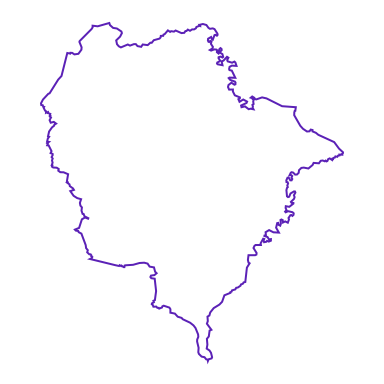 Mueang Khon Kaen, Khon Kaen, Thailand
{"feature_id": "78962969B54788642666507", "entity_name": "Mueang Khon Kaen", "entity_type": "district", "adm_level": 2, "iso_a3": "THA", "parent_name": "Thailand", "parent_adm1": "Khon Kaen", "projection": "albers", "projection_center": [102.826, 16.427], "detail": "fine", "context": "isolated", "style": "outline", "palette": "violet", "viewbox_px": 384, "rotation_deg": 0, "n_neighbors": 0, "source": "geoboundaries", "source_scale": "gbopen_adm2", "svg_char_len": 5854}
<svg xmlns="http://www.w3.org/2000/svg" viewBox="0 0 384 384"><path d="M74.9,229.6L75.8,230.6L78.2,231.0L78.7,232.2L81.4,233.6L85.7,245.1L86.1,248.1L87.8,250.2L87.2,252.3L89.3,254.3L90.6,254.3L91.4,255.4L91.2,256.1L92.3,257.0L91.7,258.2L90.0,259.0L115.4,265.2L119.1,266.0L119.7,265.2L121.1,266.1L121.5,265.6L123.6,267.1L124.4,267.1L124.7,265.5L125.5,265.3L133.1,264.8L139.5,263.0L144.2,262.7L147.6,263.6L149.6,266.6L154.0,267.4L155.1,271.7L156.6,273.2L154.4,275.1L151.0,275.6L150.4,277.0L151.3,278.2L154.7,278.7L156.1,291.1L154.9,300.1L153.4,300.8L153.9,302.2L151.9,303.4L151.8,304.3L152.6,304.6L153.4,306.7L156.3,306.6L157.4,307.9L158.8,307.9L159.2,308.6L162.0,307.5L162.4,306.3L163.7,305.7L169.4,307.6L170.4,309.2L170.4,312.7L174.9,313.6L177.7,316.7L181.6,317.9L182.7,319.2L190.1,322.7L193.5,325.4L195.5,328.0L198.1,334.4L198.3,336.9L197.2,339.5L197.1,341.5L198.6,347.8L198.3,352.2L198.9,353.9L201.6,356.6L204.5,357.2L206.2,359.3L207.6,359.6L207.9,361.0L208.6,359.3L211.6,358.4L212.1,357.2L211.0,352.8L209.5,350.5L206.7,348.6L207.4,344.7L206.9,338.8L208.8,336.5L209.6,330.6L211.4,329.8L206.9,323.7L207.8,321.1L207.5,316.6L209.4,315.5L210.2,312.5L213.7,308.1L219.4,304.6L222.1,301.8L224.4,295.3L230.3,292.9L230.2,292.3L231.6,291.6L232.0,290.4L235.3,289.4L236.2,287.8L237.9,287.5L240.5,285.7L240.9,284.5L242.9,283.7L243.6,282.4L245.3,282.0L246.9,267.6L249.6,263.3L248.5,262.6L247.9,260.0L248.5,255.2L255.2,255.2L256.4,254.6L256.6,253.0L253.5,248.0L254.5,245.8L255.6,245.0L260.9,245.0L260.6,243.4L263.2,238.7L264.2,239.0L263.6,240.3L264.1,242.2L266.2,241.8L267.0,240.9L268.8,241.6L270.9,240.7L270.9,239.1L269.0,239.4L267.5,237.0L264.4,236.0L264.5,235.5L265.9,235.2L265.6,232.2L269.1,230.1L273.4,232.3L278.9,232.6L276.1,227.7L277.2,223.1L278.2,222.9L278.7,224.9L280.2,225.7L280.9,223.7L280.5,220.0L281.4,219.5L282.7,220.1L283.0,222.5L285.2,221.4L287.8,222.7L289.0,219.4L288.5,218.0L290.4,215.2L291.3,215.0L292.4,215.9L293.5,214.9L293.7,213.3L292.5,212.2L288.1,211.2L285.7,212.3L285.1,211.6L286.5,210.1L285.6,208.0L285.8,206.2L289.3,206.8L293.4,203.6L293.4,203.0L291.5,202.8L290.9,201.9L294.0,198.9L294.6,197.1L293.9,195.2L295.4,192.6L295.0,191.5L294.0,191.4L290.5,193.5L289.2,196.7L288.0,197.1L287.0,196.3L286.4,190.1L287.0,187.9L287.8,187.1L287.3,185.6L288.1,183.4L287.6,182.2L286.5,182.1L286.3,180.4L287.5,177.7L288.7,177.6L290.3,180.3L291.6,180.3L292.3,179.0L291.5,177.6L292.2,176.0L291.0,175.0L289.6,175.2L290.8,172.7L291.7,172.2L293.2,172.6L295.1,174.6L297.0,174.5L298.7,172.8L299.0,170.2L301.4,167.9L303.8,167.6L308.4,168.5L312.6,165.0L313.6,162.9L318.9,163.3L320.7,160.8L322.7,160.5L324.8,161.3L325.6,160.6L326.6,161.4L327.4,161.0L328.2,159.1L329.7,158.4L332.1,160.0L332.3,158.9L333.1,159.1L333.4,157.9L334.8,157.6L335.4,156.4L337.3,156.8L338.0,155.7L339.5,155.4L339.4,154.6L341.8,154.7L341.5,154.2L342.8,153.6L343.0,152.3L339.0,148.6L334.2,142.1L318.3,134.8L315.9,132.8L312.5,131.4L312.5,130.0L310.7,129.6L309.5,131.3L307.0,131.5L303.0,128.8L300.3,125.8L294.2,115.2L294.3,112.3L294.7,110.9L295.3,110.8L295.8,107.2L282.1,106.2L266.5,98.4L262.1,97.4L256.3,99.4L255.1,99.1L254.3,97.8L252.2,96.5L250.8,97.7L252.4,98.2L252.7,99.2L253.7,99.7L253.2,101.6L253.6,104.0L252.4,104.9L252.9,106.4L252.6,107.6L253.5,109.3L250.5,108.7L248.7,109.2L245.0,106.4L241.5,107.2L241.1,105.5L246.5,103.0L247.1,101.6L243.2,99.5L239.5,101.8L238.4,99.2L239.8,98.4L239.9,97.4L234.8,95.3L232.9,91.5L232.9,89.5L229.1,89.6L228.0,87.0L228.5,85.0L231.4,82.7L234.4,84.7L235.4,84.3L235.5,82.5L234.9,81.6L230.2,79.9L228.7,78.1L229.5,77.6L235.3,77.8L231.8,70.6L229.5,70.1L229.1,69.0L229.6,66.8L231.9,65.6L236.5,65.9L235.4,62.5L234.4,61.6L232.1,62.7L227.7,61.4L227.2,60.0L228.4,57.7L227.0,56.8L223.4,60.7L221.6,61.3L222.5,65.2L217.7,64.3L217.0,63.6L217.3,62.5L219.5,61.4L220.0,60.4L218.5,58.1L218.6,57.2L220.5,56.6L222.5,57.5L223.2,56.9L222.4,54.1L220.1,52.7L220.4,51.5L221.7,50.1L221.5,48.9L220.5,48.1L219.6,48.8L218.8,50.7L219.1,53.0L218.6,53.6L216.9,52.2L217.1,50.2L216.5,49.6L214.2,49.4L211.1,50.6L209.9,50.0L212.4,48.5L212.9,46.9L210.9,43.8L211.5,41.5L210.2,40.9L209.2,42.0L208.5,41.8L207.9,40.5L208.1,38.7L211.1,37.0L212.0,39.3L212.8,39.7L214.5,35.1L215.4,34.8L216.9,35.7L217.6,34.9L217.4,33.6L214.5,29.1L212.8,28.4L209.9,28.8L208.5,27.9L206.4,25.0L202.9,24.0L200.1,24.7L200.2,25.9L199.4,25.5L199.7,26.5L199.1,25.9L196.4,27.0L195.9,28.3L194.1,29.4L192.1,29.4L190.0,30.8L187.8,29.6L186.5,31.0L185.4,31.1L184.3,32.8L181.5,33.1L175.6,30.5L174.0,31.6L171.1,31.2L170.1,31.9L167.9,30.4L164.7,34.1L163.5,34.6L163.2,35.8L160.8,35.9L160.6,37.4L159.5,38.6L153.8,40.2L151.7,42.8L150.4,42.7L147.7,45.1L142.7,44.5L141.2,46.8L137.5,46.1L135.8,44.1L134.0,44.1L130.0,45.6L127.8,44.5L120.9,47.4L118.8,46.3L117.0,44.2L116.2,40.4L120.1,36.6L121.9,33.1L121.4,31.5L116.9,28.5L113.1,27.9L110.0,25.1L109.3,23.0L97.7,26.3L92.6,25.7L92.6,27.4L91.6,29.0L79.7,41.0L79.4,41.9L81.6,47.3L81.4,49.7L78.4,53.8L74.4,54.4L72.2,52.9L70.4,52.8L70.2,53.6L67.3,53.0L61.5,76.0L58.2,79.6L49.6,93.3L48.3,93.8L43.0,99.5L41.0,103.3L41.3,105.1L42.7,105.2L43.2,106.6L44.1,106.9L43.6,107.7L45.1,110.7L46.1,111.3L46.0,112.6L46.8,112.1L47.3,112.8L48.1,112.2L48.4,113.2L50.3,113.9L49.7,115.8L50.4,116.0L50.1,116.8L51.0,117.5L49.6,120.1L50.7,122.7L53.8,121.9L56.1,123.6L54.4,124.6L54.1,125.7L52.0,127.4L49.1,131.5L48.0,136.4L49.1,136.8L47.8,138.6L47.1,141.5L48.9,141.9L47.1,143.2L47.8,143.9L47.2,145.3L48.7,145.5L51.5,151.1L50.6,153.1L52.6,153.9L52.7,155.0L51.6,157.1L52.7,158.5L52.0,160.4L52.6,162.7L51.7,165.3L52.4,165.5L52.0,166.7L53.2,167.5L56.7,167.7L58.7,169.0L58.3,170.7L60.3,172.2L63.6,172.3L68.1,174.2L66.9,181.3L67.6,182.0L66.9,182.5L69.5,184.4L69.8,186.1L73.0,188.4L73.9,189.9L70.3,191.1L73.6,195.8L77.2,198.1L81.1,199.2L79.9,202.9L80.4,205.6L81.9,207.4L81.5,210.7L82.6,213.9L83.6,214.0L84.5,216.3L88.3,218.2L88.1,218.7L85.0,217.5L81.9,219.3L79.1,227.9L74.9,229.6Z" fill="none" stroke="#5b21b6" stroke-width="2"/></svg>